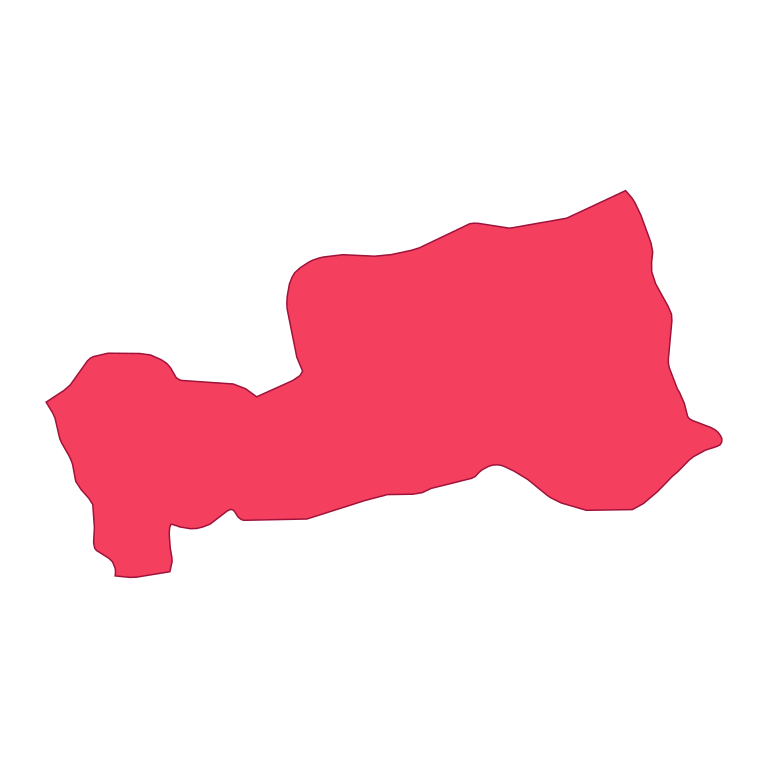 map outline of Pasco (orthographic projection)
{"feature_id": "PER-581", "entity_name": "Pasco", "entity_type": "Department", "adm_level": 1, "iso_a3": "PER", "parent_name": "Peru", "parent_adm1": "", "projection": "orthographic", "projection_center": [-75.545, -10.377], "detail": "fine", "context": "isolated", "style": "filled", "palette": "rose", "viewbox_px": 768, "rotation_deg": 0, "n_neighbors": 0, "source": "natural_earth", "source_scale": "10m", "svg_char_len": 1970}
<svg xmlns="http://www.w3.org/2000/svg" viewBox="0 0 768 768"><path d="M625.6,190.6L632.1,198.2L635.0,202.8L641.0,215.4L651.1,243.2L652.7,252.1L651.6,262.3L651.7,271.7L655.7,283.9L668.2,306.5L671.5,314.2L671.9,320.8L668.3,359.7L668.5,363.8L669.3,367.8L677.3,388.7L679.6,392.6L684.4,403.6L687.6,416.2L688.3,417.5L689.7,418.9L692.5,420.5L711.3,427.7L715.1,429.8L718.0,432.3L720.3,435.3L721.9,438.7L721.7,442.1L720.1,444.8L717.0,446.4L705.3,450.2L693.6,456.6L689.2,460.0L678.2,471.3L672.5,476.2L657.5,491.6L643.5,503.5L632.4,509.6L586.3,510.3L561.3,503.0L550.8,497.8L546.9,495.1L527.8,479.5L514.0,471.1L503.9,466.3L501.0,465.3L497.4,464.8L492.6,465.1L488.2,466.5L482.3,469.7L479.3,472.1L475.2,476.5L471.7,478.3L431.2,488.4L422.3,492.6L413.0,494.2L387.4,494.6L365.0,500.5L306.9,519.0L244.3,520.3L242.6,520.0L241.1,519.4L239.3,518.1L237.6,516.4L234.8,511.9L233.2,510.0L230.7,509.4L227.3,510.9L210.0,524.2L203.0,526.9L196.6,528.5L190.4,528.7L179.6,526.9L177.1,525.9L175.0,525.3L173.7,524.8L172.2,524.4L170.9,524.4L169.7,527.5L169.2,533.6L170.2,547.8L171.9,557.5L172.1,561.6L169.9,571.7L136.3,577.2L129.9,577.4L115.1,575.9L115.5,572.4L115.3,568.7L112.6,562.0L108.9,558.3L96.5,550.5L94.8,548.4L94.2,546.0L93.6,542.5L94.4,527.7L92.8,504.6L88.9,498.4L81.1,489.6L75.7,481.3L72.6,464.5L71.2,460.5L69.1,455.9L61.9,443.4L59.8,438.8L55.0,418.1L52.7,413.0L46.1,402.1L64.0,390.4L70.3,384.9L87.4,360.9L90.3,358.2L93.4,356.6L108.0,353.2L139.8,353.5L150.6,355.0L161.0,359.6L165.5,362.5L167.5,364.2L170.6,367.9L172.8,371.7L176.1,377.5L177.8,378.8L180.3,380.1L182.5,380.5L233.3,384.0L245.7,388.8L256.6,396.8L293.0,380.4L300.2,375.4L302.6,371.1L296.8,357.2L287.2,309.3L286.8,303.5L287.2,296.5L289.4,284.0L291.9,277.6L294.6,272.9L300.1,267.8L308.3,262.4L312.4,260.3L319.1,258.0L323.5,257.0L342.8,254.7L374.6,256.2L391.3,254.6L411.8,250.2L419.4,247.8L469.6,223.8L473.4,223.2L478.2,223.3L508.8,228.1L510.9,228.0L566.6,218.2L625.6,190.6Z" fill="#f43f5e" stroke="#9f1239" stroke-width="1.5"/></svg>